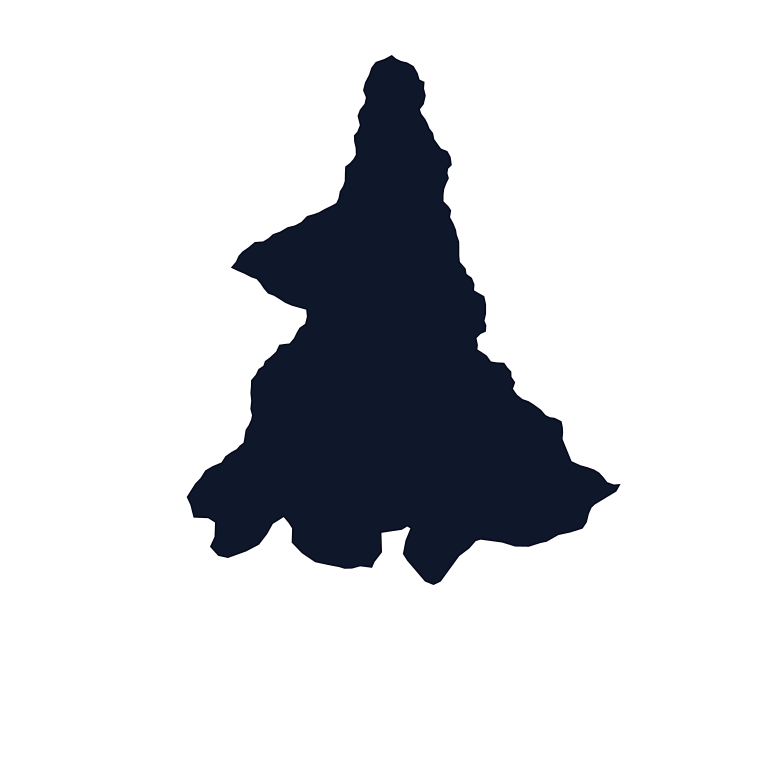 São Sebastião do Umbuzeiro, Paraíba, Brazil, rotated 317°
{"feature_id": "56859067B31063935588201", "entity_name": "São Sebastião do Umbuzeiro", "entity_type": "district", "adm_level": 2, "iso_a3": "BRA", "parent_name": "Brazil", "parent_adm1": "Paraíba", "projection": "orthographic", "projection_center": [-36.999, -8.158], "detail": "fine", "context": "isolated", "style": "filled", "palette": "ink", "viewbox_px": 768, "rotation_deg": 317, "n_neighbors": 0, "source": "geoboundaries", "source_scale": "gbopen_adm2", "svg_char_len": 2967}
<svg xmlns="http://www.w3.org/2000/svg" viewBox="0 0 768 768"><g transform="rotate(317 384 384)"><path d="M531.9,182.4L528.1,186.8L524.8,192.5L520.2,197.8L515.0,199.4L509.6,199.9L504.2,199.3L499.8,203.6L494.2,209.4L489.2,212.1L483.5,213.6L477.8,217.8L472.5,219.9L467.6,218.7L459.6,216.2L453.2,214.7L448.3,212.6L442.1,209.4L433.8,209.9L426.6,207.9L420.2,204.3L411.6,202.4L404.9,199.4L398.8,199.3L392.5,198.0L386.1,192.8L377.6,192.3L370.8,191.3L365.2,191.8L359.3,194.3L352.4,195.1L355.0,201.6L357.8,207.9L360.3,215.0L363.1,220.2L362.9,226.2L361.9,231.9L361.6,238.6L364.4,244.1L366.0,249.9L367.8,257.1L370.7,263.6L375.0,270.6L378.7,276.6L374.1,282.7L367.5,287.0L360.6,286.0L355.7,287.5L349.3,289.9L342.3,290.7L338.1,287.5L334.1,284.7L327.2,287.5L318.6,287.5L312.7,286.8L308.3,289.2L302.4,288.2L296.8,290.5L289.7,291.3L285.9,295.2L280.7,300.0L275.9,306.3L269.8,311.6L266.8,317.3L262.9,320.1L257.3,322.5L251.9,323.8L246.7,327.9L241.5,331.9L236.6,331.4L231.8,331.9L225.9,330.4L218.8,329.4L211.6,331.3L202.4,327.9L194.4,326.1L185.7,328.4L178.2,328.8L163.2,332.7L160.6,340.7L154.5,351.7L164.5,361.8L166.8,370.3L156.3,380.8L146.5,384.8L146.3,396.4L151.7,404.2L169.2,411.7L183.1,415.5L196.2,413.3L207.3,409.7L220.7,412.3L220.2,420.8L219.0,427.3L209.1,437.3L209.3,451.6L212.8,467.0L220.5,478.1L226.9,486.8L229.7,491.7L235.2,496.6L242.7,500.5L246.5,505.0L250.1,509.4L255.3,507.0L267.4,505.0L280.5,490.1L298.0,502.1L304.4,503.4L305.8,508.0L293.4,513.7L282.6,521.6L281.2,529.1L280.0,556.2L283.7,564.2L290.8,566.4L321.7,560.4L334.3,561.7L344.2,560.7L349.1,563.2L362.9,580.1L369.7,591.9L379.4,601.2L390.4,606.4L395.7,609.6L408.8,612.7L419.2,618.9L430.7,624.4L437.6,622.8L445.1,617.9L451.4,615.2L456.2,615.2L480.7,620.3L487.3,618.2L483.0,614.8L479.6,608.2L480.2,601.2L480.2,595.6L478.7,590.3L475.6,584.3L471.6,577.8L467.7,568.4L476.4,545.6L481.4,541.1L484.5,537.4L487.6,532.3L485.1,525.5L482.0,521.8L480.2,517.0L480.5,509.9L478.9,501.5L477.3,495.4L474.3,489.8L473.2,482.6L474.3,475.0L480.4,471.8L481.4,465.4L484.8,461.5L484.8,456.0L485.6,450.7L480.5,445.4L476.8,440.6L477.8,433.3L476.4,427.3L475.0,422.1L478.7,419.0L482.5,412.8L488.7,412.5L494.1,414.3L498.2,410.5L500.0,405.8L505.9,401.8L512.3,395.0L516.4,388.1L514.2,381.3L512.9,376.6L517.5,372.4L519.9,366.2L518.6,359.7L521.7,355.0L522.0,346.2L526.0,341.0L530.7,336.0L535.5,330.7L538.4,324.1L541.1,320.1L543.6,313.6L545.4,306.6L550.8,302.5L551.6,297.8L551.3,290.7L556.5,285.3L560.6,281.9L565.8,279.3L571.2,277.2L573.5,272.7L577.3,269.6L582.5,269.4L586.9,263.1L588.4,257.1L585.5,250.8L586.1,245.7L587.0,239.0L590.3,233.7L590.8,228.0L592.6,223.6L594.1,218.6L594.9,211.6L597.0,206.9L603.6,205.8L610.6,201.1L614.2,194.7L618.8,190.5L616.8,185.6L619.9,179.5L621.7,171.8L619.6,165.0L616.1,159.8L614.0,154.4L613.4,149.3L605.8,147.3L597.5,143.6L590.8,144.7L584.3,148.3L576.1,151.2L569.6,155.4L566.8,162.6L561.2,166.5L553.6,167.7L548.0,170.5L543.4,178.8L536.7,182.0L531.9,182.4Z" fill="#0f172a" stroke="#020617" stroke-width="1.5"/></g></svg>